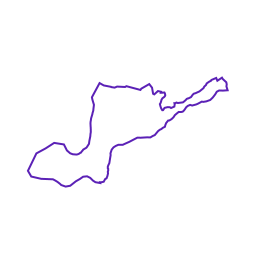 Mokwa, Niger, Nigeria (Mercator projection), rotated 303°
{"feature_id": "59680162B23155718085687", "entity_name": "Mokwa", "entity_type": "district", "adm_level": 2, "iso_a3": "NGA", "parent_name": "Nigeria", "parent_adm1": "Niger", "projection": "mercator", "projection_center": [5.257, 9.194], "detail": "fine", "context": "isolated", "style": "outline", "palette": "violet", "viewbox_px": 256, "rotation_deg": 303, "n_neighbors": 0, "source": "geoboundaries", "source_scale": "gbopen_adm2", "svg_char_len": 2830}
<svg xmlns="http://www.w3.org/2000/svg" viewBox="0 0 256 256"><g transform="rotate(303 128 128)"><path d="M66.7,134.7L67.3,134.1L67.8,135.0L69.7,136.9L72.0,136.7L72.8,136.7L73.0,136.7L73.2,136.9L73.6,137.1L73.8,137.3L74.1,137.4L74.3,137.4L74.6,137.3L74.8,137.2L76.1,137.0L79.0,136.0L80.3,134.9L81.5,134.6L82.5,133.9L83.1,133.5L83.2,133.0L84.6,132.1L86.5,131.7L88.3,131.5L90.1,130.7L92.8,129.5L95.8,128.2L97.2,127.1L99.5,126.5L101.0,126.1L103.9,126.4L106.3,127.5L108.6,129.0L111.1,132.8L111.5,133.0L114.0,134.6L117.2,136.7L117.4,136.8L120.8,138.7L125.0,141.1L126.8,144.0L130.5,149.0L132.3,151.9L134.8,153.1L136.6,154.3L139.1,154.6L141.7,154.9L143.8,155.6L145.4,156.6L146.9,157.0L149.2,158.3L150.5,157.8L152.9,157.3L156.1,157.6L156.9,158.6L159.2,159.7L161.8,160.3L164.3,160.3L166.0,160.8L167.3,161.2L169.1,161.8L169.6,162.7L170.4,163.9L171.5,165.0L173.2,165.4L175.0,165.5L177.1,165.5L179.1,166.1L181.2,167.5L181.8,169.6L182.5,170.2L184.7,172.2L185.1,172.5L186.1,173.2L188.6,174.6L190.3,175.5L190.9,176.9L193.0,179.2L196.3,181.7L199.3,182.4L199.8,182.5L202.3,182.7L203.7,182.8L203.9,182.8L206.8,182.7L209.1,184.0L211.1,187.3L213.9,191.0L216.5,187.9L218.4,187.0L219.9,185.5L220.7,180.8L221.4,179.4L216.3,177.2L218.0,174.7L213.7,171.8L212.5,171.8L211.9,171.3L210.7,170.7L208.2,169.7L206.6,170.0L204.2,169.4L202.6,169.6L201.0,169.1L197.6,168.0L195.6,166.7L194.0,165.7L193.1,164.9L192.6,164.5L191.4,164.2L190.5,164.1L189.7,164.1L188.2,164.0L185.7,162.5L185.2,161.9L184.8,161.7L184.4,161.4L183.7,161.3L183.0,161.2L182.2,161.0L180.5,160.5L179.4,160.1L177.3,157.6L176.1,156.2L175.7,154.7L174.7,154.3L174.1,153.4L173.2,154.3L171.2,155.2L168.2,153.2L168.2,151.8L167.1,149.9L164.8,147.7L164.7,147.7L164.1,147.7L162.1,147.7L161.6,147.1L161.8,146.5L162.7,144.9L163.7,143.6L165.4,141.7L166.8,141.7L168.9,141.1L170.0,140.7L171.7,140.7L171.8,140.7L173.8,141.5L175.0,141.6L175.6,141.4L175.8,141.4L176.2,141.0L177.1,140.1L177.6,139.2L176.4,137.7L175.4,136.3L176.4,136.0L175.3,133.0L170.5,131.7L170.4,130.4L174.9,126.2L176.4,121.9L168.2,117.7L166.7,117.7L162.2,103.9L160.8,103.2L156.8,96.3L154.6,94.8L153.2,91.7L153.3,91.4L150.5,84.5L150.2,79.7L134.1,81.0L132.4,82.7L128.9,86.8L125.2,88.6L123.7,89.4L121.3,90.1L120.1,90.6L116.0,91.8L113.7,92.9L113.1,93.1L111.6,93.9L108.8,95.9L108.2,96.4L107.7,96.7L106.5,97.6L105.5,98.2L104.5,98.9L103.5,99.4L102.7,99.7L100.5,100.9L96.2,102.6L94.9,103.2L93.5,103.9L89.5,103.9L88.7,103.8L85.5,102.2L84.3,102.2L83.4,102.0L81.6,101.9L81.0,101.4L79.8,101.0L78.9,100.4L78.5,100.1L77.7,99.3L75.9,96.0L75.3,93.3L75.9,89.0L79.3,83.2L75.3,74.2L66.0,70.0L56.8,65.0L37.6,67.4L34.6,73.3L38.1,82.9L44.1,93.0L44.3,95.1L44.4,98.2L44.1,101.6L43.8,103.0L44.9,107.6L48.1,111.0L54.9,113.3L59.2,115.5L60.5,116.0L62.7,116.9L65.2,120.0L65.6,123.5L64.8,127.3L64.8,130.2L66.7,134.7Z" fill="none" stroke="#5b21b6" stroke-width="2"/></g></svg>